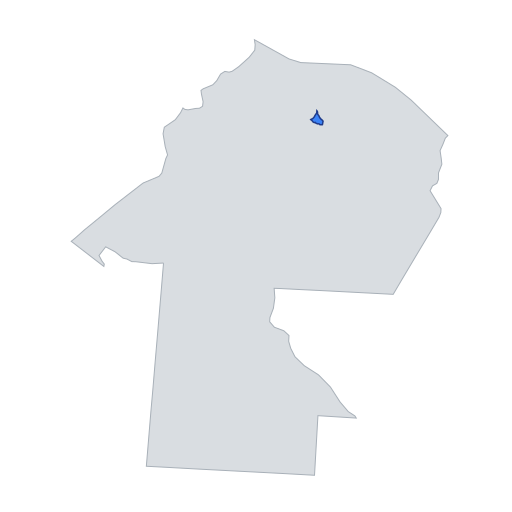 Alotenango, Sacatepéquez, Guatemala shown in context, rotated 183°
{"feature_id": "79465075B60145282500225", "entity_name": "Alotenango", "entity_type": "district", "adm_level": 2, "iso_a3": "GTM", "parent_name": "Guatemala", "parent_adm1": "Sacatepéquez", "projection": "robinson", "projection_center": [-90.818, 14.441], "detail": "fine", "context": "in_parent", "style": "filled", "palette": "blue", "viewbox_px": 512, "rotation_deg": 183, "n_neighbors": 0, "source": "geoboundaries", "source_scale": "gbopen_adm2", "svg_char_len": 2567}
<svg xmlns="http://www.w3.org/2000/svg" viewBox="0 0 512 512"><g transform="rotate(183 256 256)"><path d="M70.7,386.3L73.1,383.6L75.2,377.3L77.7,370.9L76.2,363.4L75.2,357.4L78.1,348.6L77.8,342.0L79.2,338.0L83.4,335.3L85.6,330.3L73.7,313.0L73.7,309.1L75.3,304.2L85.0,285.7L96.6,263.8L109.4,239.5L117.0,224.9L145.0,224.9L163.5,224.9L187.0,224.9L212.5,224.8L229.3,224.8L236.2,224.7L235.0,215.2L235.9,204.7L238.9,195.2L238.9,191.0L233.9,185.8L224.3,182.8L218.9,178.3L218.9,172.5L216.5,165.6L211.8,157.4L202.1,149.0L187.3,140.5L174.8,129.0L164.4,114.6L155.7,105.4L148.9,101.5L147.4,99.4L167.1,99.6L185.8,99.8L185.9,79.2L186.0,60.8L186.1,40.1L220.0,40.2L260.4,40.2L302.3,40.2L335.2,40.3L354.5,40.3L353.7,66.0L352.8,95.7L352.0,117.6L351.1,146.7L350.1,176.6L348.8,217.2L348.0,243.5L348.4,244.1L359.4,242.9L375.7,244.0L379.7,243.9L384.7,246.2L388.6,246.9L396.9,252.8L406.6,257.3L412.8,248.3L409.5,242.8L407.1,240.0L407.4,237.6L441.3,261.0L437.3,264.6L428.8,273.0L413.2,287.2L399.3,300.0L385.8,311.6L373.7,322.0L372.3,323.1L357.0,330.5L354.4,333.9L351.1,348.7L349.6,352.3L352.4,360.5L355.2,373.2L354.3,379.8L343.7,387.9L338.8,395.2L336.7,400.0L334.8,398.7L331.5,398.4L323.9,400.2L320.2,400.6L317.2,402.7L316.9,407.3L318.9,414.7L319.6,418.5L317.5,420.2L308.1,424.7L304.4,429.0L300.9,435.8L296.8,438.7L292.5,438.2L289.5,439.2L283.0,444.3L273.2,454.1L268.0,461.5L267.9,467.0L268.9,471.9L233.3,454.5L221.5,451.5L171.5,451.9L150.1,445.0L125.7,431.8L109.2,419.8L70.7,386.3Z" fill="#d9dde1" stroke="#a8b0b8" stroke-width="1"/><path d="M196.5,390.8L196.5,391.5L196.4,391.6L196.3,392.7L196.1,393.8L196.1,394.2L196.4,394.5L197.0,395.2L197.7,395.7L197.9,395.7L198.2,395.9L198.3,396.1L198.6,396.6L198.9,396.9L199.2,397.0L199.4,397.2L199.5,397.4L199.6,397.6L199.9,398.0L200.3,398.9L200.6,399.4L200.8,399.7L200.9,399.8L201.3,400.2L201.6,400.6L201.8,401.0L202.0,401.4L202.0,402.1L202.1,403.0L202.3,403.4L202.3,403.5L202.6,404.0L202.8,404.2L202.8,402.8L202.8,402.2L203.0,401.7L203.3,401.3L203.5,401.0L203.7,400.7L204.0,400.1L204.2,399.8L204.4,399.6L204.6,399.1L204.7,398.7L204.8,398.6L205.0,398.1L205.2,397.9L205.4,397.5L206.1,396.7L206.5,396.2L207.3,395.8L207.7,395.6L208.0,395.4L208.3,395.3L208.5,395.1L208.1,394.8L207.9,394.7L207.2,394.2L206.7,393.6L206.2,393.0L205.8,392.7L204.8,392.3L204.4,392.3L203.9,392.5L203.6,392.1L202.7,391.6L202.1,391.4L201.8,391.4L201.5,391.2L201.0,391.2L200.7,391.3L200.3,391.3L200.1,391.3L200.0,391.2L199.8,391.1L199.6,390.9L199.1,390.5L198.9,390.5L198.5,390.5L197.5,390.5L196.6,390.6L196.5,390.8Z" fill="#3b82f6" stroke="#1e3a8a" stroke-width="1.5"/></g></svg>